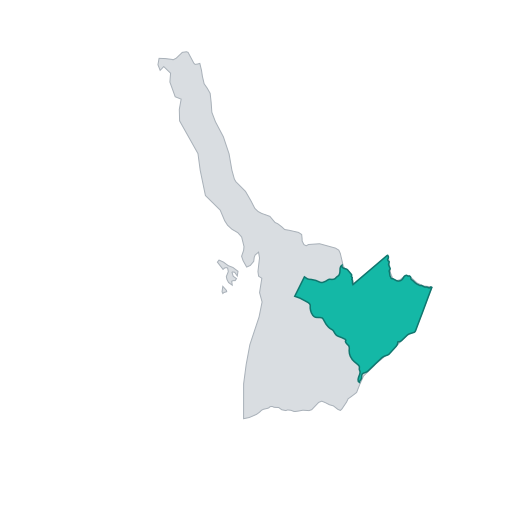 where Gash Barka sits in Eritrea, rotated 207°
{"feature_id": "ERI-1560", "entity_name": "Gash Barka", "entity_type": "Region", "adm_level": 1, "iso_a3": "ERI", "parent_name": "Eritrea", "parent_adm1": "", "projection": "orthographic", "projection_center": [37.465, 15.27], "detail": "fine", "context": "in_parent", "style": "filled", "palette": "teal", "viewbox_px": 512, "rotation_deg": 207, "n_neighbors": 0, "source": "natural_earth", "source_scale": "10m", "svg_char_len": 5049}
<svg xmlns="http://www.w3.org/2000/svg" viewBox="0 0 512 512"><g transform="rotate(207 256 256)"><path d="M85.0,308.1L83.4,292.6L82.3,282.2L81.1,271.2L80.1,260.8L85.1,254.4L87.4,248.4L93.4,228.7L95.8,224.8L100.4,214.2L101.1,211.2L105.7,197.9L105.3,189.1L104.4,180.1L106.9,174.8L109.1,170.6L109.0,167.0L110.0,158.7L110.7,156.7L113.4,156.5L119.0,157.6L123.1,156.8L127.9,156.8L131.5,156.5L133.7,154.0L136.6,144.3L138.6,142.3L140.0,141.7L144.2,139.9L147.8,137.1L150.7,135.1L151.8,134.7L154.8,134.4L157.9,133.2L159.3,131.8L163.2,130.7L167.0,131.3L169.6,130.1L171.3,129.4L173.2,129.3L175.0,128.2L175.7,126.4L176.8,125.3L179.8,122.8L181.1,121.0L181.7,119.1L182.3,117.7L183.6,115.2L188.7,109.0L193.2,105.4L209.0,136.5L215.5,154.9L221.2,174.2L225.6,203.1L229.7,217.8L236.2,225.0L240.7,238.8L244.5,239.2L247.2,243.0L252.0,255.9L255.5,260.6L257.2,256.5L257.0,254.1L255.6,250.2L256.8,245.0L259.3,241.9L265.4,246.0L268.7,249.2L269.6,255.5L271.0,259.0L277.4,266.4L282.7,268.5L289.5,268.9L295.3,270.5L299.9,273.2L308.7,280.6L328.5,286.9L344.6,307.0L354.2,320.9L385.4,341.7L390.9,351.8L393.9,361.8L400.3,361.2L411.7,371.9L415.1,380.1L424.2,382.9L425.7,377.9L430.2,381.9L432.1,388.1L426.3,390.8L419.9,393.1L419.0,393.1L416.9,396.0L414.1,404.0L410.7,406.4L409.0,406.6L398.8,399.5L397.2,399.1L395.1,400.6L393.5,402.1L388.8,396.6L385.3,391.7L380.4,385.9L375.7,383.4L370.7,380.1L365.7,372.5L360.6,364.0L353.1,357.2L339.2,347.4L326.4,334.8L316.5,321.6L310.2,314.7L307.6,313.0L294.7,308.8L285.6,302.9L278.7,297.9L274.4,296.6L270.3,296.5L261.6,297.6L254.3,294.5L251.2,294.6L246.3,293.7L242.5,292.6L238.0,294.0L228.8,296.3L225.1,295.9L223.0,292.7L221.7,290.3L218.5,287.9L215.9,287.9L214.4,290.1L204.9,295.8L188.8,299.1L184.9,298.8L182.1,296.6L173.9,286.9L171.6,285.4L169.7,285.2L166.0,284.1L162.4,282.2L159.3,278.3L156.2,276.0L152.9,283.8L147.0,297.4L143.9,304.7L139.9,314.1L138.6,314.4L136.5,313.7L128.5,302.0L123.4,297.6L119.6,298.0L116.9,300.2L115.1,304.1L113.2,306.5L111.2,307.4L106.8,306.9L100.1,305.1L93.1,305.4L85.9,308.1L85.0,308.1ZM273.6,229.5L275.8,232.4L277.3,232.1L278.5,231.1L279.3,229.1L287.6,233.0L287.1,235.6L282.2,235.8L276.5,234.8L271.3,235.3L265.1,234.2L263.6,229.7L267.6,231.8L269.6,231.2L270.0,230.6L267.1,227.6L263.1,227.0L263.4,224.6L265.1,223.7L266.2,222.5L263.9,219.2L268.4,219.9L271.2,221.9L273.1,224.2L273.6,229.5ZM270.0,208.7L271.8,213.9L266.7,211.9L265.9,210.9L268.1,208.8L268.5,207.5L270.0,208.7Z" fill="#d9dde1" stroke="#a8b0b8" stroke-width="1"/><path d="M85.1,307.8L84.0,297.8L83.2,291.1L82.4,284.3L81.8,279.1L81.5,276.1L80.5,267.0L79.9,261.9L80.0,260.7L80.4,259.8L84.3,256.0L85.2,254.5L87.9,246.7L88.9,245.0L90.6,243.9L89.9,241.5L90.1,239.2L92.9,228.9L93.6,227.7L96.2,225.0L97.6,222.7L100.1,215.6L102.5,208.8L104.2,203.9L105.1,202.5L107.2,200.2L107.8,198.9L107.6,197.7L106.7,195.5L106.4,194.4L106.5,193.2L106.7,192.3L106.7,191.3L106.4,190.4L107.8,190.6L108.9,192.1L109.3,193.3L109.6,194.7L109.9,197.7L110.3,199.1L110.6,199.9L111.0,200.4L111.4,200.8L111.8,201.2L112.3,201.6L112.7,202.3L113.4,203.9L113.8,204.5L114.5,204.9L115.7,205.4L120.5,206.5L123.2,207.4L126.4,209.4L128.4,211.4L130.0,213.9L131.0,216.2L131.8,217.4L132.8,218.2L134.6,218.7L136.2,219.4L137.2,220.1L137.6,220.6L137.7,221.1L137.6,221.6L138.0,222.0L138.8,222.3L142.6,222.2L146.2,221.8L147.7,221.8L149.1,222.1L151.0,223.1L152.5,224.1L153.6,224.7L154.7,224.9L156.6,225.0L157.9,225.2L159.6,225.7L162.6,227.0L167.7,230.4L168.7,230.8L170.0,230.6L171.1,230.2L174.0,228.8L175.3,228.4L176.7,228.4L178.4,228.9L180.9,230.5L182.6,232.2L184.0,234.1L185.4,236.9L186.5,237.7L188.3,238.2L197.8,238.4L203.2,237.7L203.4,259.4L199.9,259.0L198.2,259.3L196.1,260.2L191.6,261.4L186.9,261.7L186.2,261.9L185.4,262.2L184.5,262.8L182.5,265.1L181.3,267.1L180.6,268.1L179.9,268.7L177.9,269.5L176.7,270.2L175.8,271.0L175.3,271.7L174.6,273.9L173.6,275.9L173.4,276.9L173.5,278.1L173.9,279.7L175.5,283.3L175.8,285.3L175.2,286.8L174.8,286.0L174.3,285.3L173.5,285.0L172.3,284.9L169.3,285.4L168.3,285.3L162.6,282.9L162.2,282.6L161.9,282.0L161.9,281.6L161.8,281.1L161.2,280.8L160.7,280.7L160.4,280.4L160.3,280.0L160.1,279.6L160.1,278.9L160.1,278.7L159.9,278.5L159.4,278.4L159.1,278.3L158.1,276.3L157.5,275.3L156.6,274.5L154.5,279.7L151.1,287.9L147.7,296.1L144.4,304.0L141.4,311.3L139.5,315.8L139.0,316.4L138.0,315.8L137.5,315.2L137.2,314.3L137.2,312.9L137.0,312.4L136.6,312.0L136.1,311.7L135.5,311.6L134.8,311.4L134.5,310.7L134.3,309.4L133.9,308.4L133.6,308.1L131.5,306.3L130.8,305.8L130.6,305.2L130.7,304.0L130.6,303.2L130.4,302.8L129.6,302.0L127.6,299.1L126.6,298.5L125.3,297.4L124.6,297.5L123.5,297.9L119.6,297.8L117.8,298.2L116.3,299.4L115.5,300.5L115.1,301.6L114.9,302.7L114.8,304.0L114.7,305.1L114.3,306.0L113.7,306.7L113.1,307.2L112.7,307.2L111.7,307.1L111.3,307.1L110.5,307.8L110.2,307.9L109.7,307.8L109.2,307.7L108.8,307.5L108.4,307.1L107.4,305.8L107.1,305.6L105.4,305.4L102.0,304.4L100.3,304.1L96.7,304.1L96.2,304.2L95.4,304.8L94.9,304.9L92.6,304.9L91.5,305.0L89.9,305.8L89.2,306.0L88.0,306.0L87.2,306.2L86.5,306.8L86.1,307.8L85.1,307.8Z" fill="#14b8a6" stroke="#0f766e" stroke-width="1.5"/></g></svg>